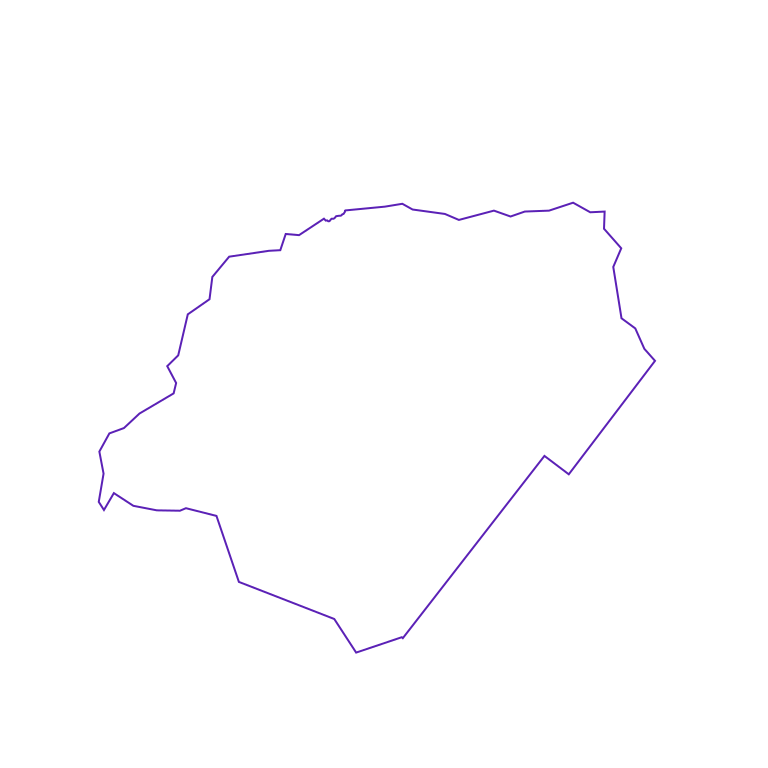 the district of Citrus, Florida, United States of America, rotated 308°
{"feature_id": "52423323B9967886911021", "entity_name": "Citrus", "entity_type": "district", "adm_level": 2, "iso_a3": "USA", "parent_name": "United States of America", "parent_adm1": "Florida", "projection": "mercator", "projection_center": [-82.446, 28.857], "detail": "fine", "context": "isolated", "style": "outline", "palette": "violet", "viewbox_px": 768, "rotation_deg": 308, "n_neighbors": 0, "source": "geoboundaries", "source_scale": "gbopen_adm2", "svg_char_len": 1030}
<svg xmlns="http://www.w3.org/2000/svg" viewBox="0 0 768 768"><g transform="rotate(308 384 384)"><path d="M112.3,240.9L131.7,238.3L133.7,261.5L144.6,282.8L158.5,301.2L164.2,304.4L176.9,333.2L138.7,391.5L168.2,489.5L155.2,527.4L195.4,553.9L195.3,555.3L344.0,554.9L426.1,554.7L426.6,585.2L569.1,583.3L572.0,567.5L582.5,547.8L582.0,530.7L617.4,492.6L637.0,487.4L641.8,461.8L655.7,451.7L646.3,440.8L643.3,421.4L622.2,407.3L606.6,388.8L593.9,380.6L588.3,363.9L559.4,342.0L555.5,327.3L539.1,299.1L537.3,287.5L524.3,275.5L497.0,246.7L496.5,246.6L495.6,247.2L493.1,247.4L492.1,246.7L490.6,246.6L489.7,246.0L488.8,244.9L486.8,243.0L484.2,242.9L483.2,242.5L482.0,241.0L481.0,240.8L479.0,240.8L478.4,240.5L477.9,239.8L477.9,238.4L476.9,237.5L477.3,234.9L449.0,225.4L441.7,214.2L425.6,219.9L418.1,211.3L389.0,183.6L362.7,182.8L343.4,194.3L318.1,186.5L279.9,204.2L264.6,202.2L256.8,219.6L247.1,224.0L210.2,209.5L189.2,206.2L176.0,198.0L155.5,201.3L140.7,218.2L115.5,231.8L112.3,240.9Z" fill="none" stroke="#5b21b6" stroke-width="2"/></g></svg>